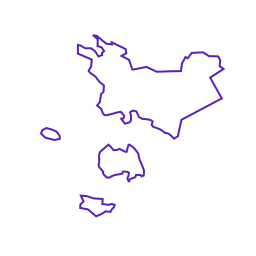 the district of Knox, Maine, United States of America, rotated 106°
{"feature_id": "52423323B37590358813634", "entity_name": "Knox", "entity_type": "district", "adm_level": 2, "iso_a3": "USA", "parent_name": "United States of America", "parent_adm1": "Maine", "projection": "orthographic", "projection_center": [-69.021, 44.093], "detail": "fine", "context": "isolated", "style": "outline", "palette": "violet", "viewbox_px": 256, "rotation_deg": 106, "n_neighbors": 0, "source": "geoboundaries", "source_scale": "gbopen_adm2", "svg_char_len": 2159}
<svg xmlns="http://www.w3.org/2000/svg" viewBox="0 0 256 256"><g transform="rotate(106 128 128)"><path d="M43.3,57.0L37.4,58.0L34.3,61.1L36.6,70.0L34.6,76.7L38.2,87.4L44.5,89.8L43.9,92.3L51.2,93.9L58.7,92.8L62.1,103.8L66.0,115.9L64.2,127.1L70.5,139.4L70.5,140.0L62.2,145.8L60.5,154.1L56.6,150.2L52.8,152.0L50.1,167.3L52.1,166.4L52.9,172.0L50.2,178.5L48.1,183.2L48.4,187.3L51.0,181.6L57.7,179.8L57.7,175.8L60.6,172.2L61.8,172.9L63.2,173.7L64.9,172.9L67.4,176.1L63.3,180.8L61.5,185.5L63.2,191.2L61.8,196.1L61.9,199.0L70.3,196.7L72.2,181.7L78.9,180.4L83.9,181.6L85.4,179.6L87.5,173.5L91.6,168.1L93.7,162.9L99.9,161.5L103.1,163.2L111.0,162.2L114.9,163.9L117.1,158.8L120.7,156.4L122.1,154.1L121.5,151.8L117.3,144.7L116.9,144.0L115.7,142.1L114.4,139.3L116.9,135.6L117.7,134.9L119.5,135.0L120.7,135.5L120.7,137.0L121.0,137.1L124.7,132.2L122.2,128.2L120.6,127.4L119.4,127.3L115.1,128.7L112.4,130.3L111.7,130.1L109.8,127.8L109.8,124.5L113.7,121.0L114.3,120.5L115.3,116.8L114.4,112.6L114.1,108.7L114.4,107.5L114.8,106.2L118.4,106.1L119.8,104.3L120.4,96.9L122.4,91.1L122.2,88.2L122.9,85.6L125.3,81.1L125.5,80.9L122.3,77.8L105.4,78.9L73.7,46.0L56.9,62.9L44.9,52.4L43.3,57.0ZM143.6,122.0L143.9,122.9L151.3,122.8L151.6,124.2L150.4,130.3L152.2,132.7L153.3,135.8L151.4,138.5L149.4,142.2L155.5,146.2L158.9,148.3L161.4,148.4L168.8,146.3L171.0,146.3L173.4,145.1L177.0,139.7L178.1,139.8L179.4,138.5L181.4,134.9L180.9,132.3L178.9,130.5L177.0,127.9L173.4,120.9L171.5,121.0L170.7,119.2L170.4,116.7L170.6,115.1L171.0,114.7L174.4,114.4L176.6,114.7L179.1,112.7L178.7,112.1L177.7,112.5L176.6,111.9L173.1,107.3L170.9,107.4L169.9,103.6L170.0,102.1L170.7,101.6L169.4,99.8L164.6,100.8L157.9,105.8L155.7,107.9L149.5,111.3L145.6,116.7L143.6,122.0ZM205.6,119.6L205.5,122.6L207.1,125.2L208.2,131.7L203.2,132.8L205.1,141.4L204.9,149.4L206.0,154.7L210.9,150.5L214.6,152.7L218.0,152.0L217.3,144.0L221.7,134.2L217.9,129.7L214.3,126.5L213.5,121.8L211.4,121.3L210.8,121.1L208.2,119.9L207.1,119.6L205.6,119.6ZM150.5,200.2L150.5,206.4L153.8,209.9L157.3,210.0L160.0,204.9L160.0,200.8L159.7,195.0L157.1,190.5L154.2,191.8L151.2,195.6L150.5,200.2Z" fill="none" stroke="#5b21b6" stroke-width="2"/></g></svg>